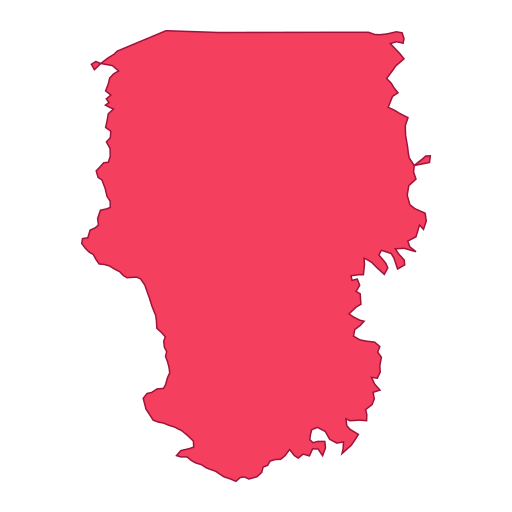 the district of Congonhinhas, Paraná, Brazil
{"feature_id": "56859067B3858872318801", "entity_name": "Congonhinhas", "entity_type": "district", "adm_level": 2, "iso_a3": "BRA", "parent_name": "Brazil", "parent_adm1": "Paraná", "projection": "mercator", "projection_center": [-50.497, -23.623], "detail": "fine", "context": "isolated", "style": "filled", "palette": "rose", "viewbox_px": 512, "rotation_deg": 0, "n_neighbors": 0, "source": "geoboundaries", "source_scale": "gbopen_adm2", "svg_char_len": 3233}
<svg xmlns="http://www.w3.org/2000/svg" viewBox="0 0 512 512"><path d="M414.2,165.5L411.7,161.7L409.2,157.8L408.2,152.3L407.6,147.0L405.6,135.3L405.3,125.6L408.0,117.7L398.9,113.0L395.0,110.5L388.2,107.3L392.5,96.4L398.0,92.8L393.7,87.4L391.4,83.4L386.6,78.5L393.0,69.9L395.7,66.0L404.0,58.8L400.1,53.9L390.3,43.6L396.6,41.7L403.1,43.2L404.0,38.7L402.1,32.8L396.4,31.8L386.6,34.0L379.8,34.7L374.7,34.5L368.6,32.3L329.6,32.3L218.4,32.5L166.0,30.7L117.2,51.1L114.0,54.3L107.9,58.0L100.8,63.5L112.4,65.6L118.6,71.0L113.8,73.7L109.7,78.0L108.3,83.9L105.6,90.9L110.9,95.1L106.3,98.8L109.0,102.6L105.4,105.1L109.5,107.3L113.5,109.0L108.3,113.8L107.1,120.7L105.6,127.5L110.8,131.2L110.3,137.8L106.4,141.9L110.1,148.6L110.2,156.4L108.3,162.3L103.8,162.7L99.9,167.0L96.2,170.9L98.1,177.4L101.9,179.9L105.1,188.3L107.0,196.3L110.2,201.3L110.2,207.5L106.1,209.0L100.4,210.2L97.6,218.7L98.5,225.0L95.1,227.9L90.1,230.1L87.8,237.8L82.5,238.6L81.7,243.4L85.5,248.5L89.4,252.3L93.3,254.5L96.0,259.5L99.2,264.0L104.0,264.4L109.6,266.0L114.4,269.0L119.7,271.7L123.3,275.5L127.0,277.7L132.3,277.4L136.8,277.1L140.7,279.0L144.8,285.1L147.0,291.3L149.5,298.3L151.8,305.7L153.7,310.6L155.7,315.4L156.4,320.7L156.9,328.4L161.2,332.2L165.3,336.8L163.7,341.3L164.4,347.3L166.7,351.6L165.5,356.5L167.5,361.6L169.1,367.7L169.7,372.9L167.5,377.7L165.6,384.5L163.5,388.4L157.1,388.9L151.4,392.6L147.1,393.4L143.2,398.3L146.0,409.1L150.2,415.5L153.2,420.2L158.7,422.2L163.7,423.1L168.5,425.2L174.4,427.0L181.8,430.7L187.6,435.5L193.4,441.1L193.7,447.1L189.0,448.7L180.8,450.6L176.5,455.6L180.8,456.9L186.9,456.9L191.8,460.8L195.9,463.0L201.3,464.6L206.4,467.9L210.6,469.5L215.7,471.3L220.0,474.3L223.9,476.8L230.5,479.0L235.9,481.3L240.3,477.5L244.5,477.0L248.9,479.0L256.9,476.8L261.7,472.4L263.1,467.1L267.6,465.4L270.1,461.1L275.4,459.5L280.7,459.3L285.1,455.6L289.6,449.5L294.4,455.6L298.2,458.1L303.2,454.1L309.4,455.9L312.6,448.9L318.0,448.9L322.6,455.7L325.5,447.9L324.8,441.4L317.8,441.4L313.0,442.7L309.8,439.7L310.4,435.0L311.7,429.7L317.5,427.4L325.3,431.5L329.6,439.2L336.7,443.1L343.5,442.0L343.1,448.9L342.0,453.6L351.3,445.2L354.8,440.2L358.4,434.4L350.0,429.3L346.8,425.7L345.9,418.8L349.7,420.7L354.0,420.5L359.3,420.1L366.6,420.7L366.8,414.5L365.6,409.6L372.1,404.5L374.3,398.8L373.1,392.3L380.0,390.1L374.7,384.2L371.5,377.4L377.3,378.2L380.2,372.2L379.8,365.7L381.4,357.3L377.7,352.1L379.8,346.6L374.6,342.1L366.1,341.1L359.7,339.8L353.5,336.1L354.8,329.5L360.2,325.5L364.1,321.2L359.9,320.2L353.5,317.0L349.0,313.8L356.5,306.8L360.9,304.3L360.2,293.8L356.1,291.4L359.7,285.3L357.2,279.0L352.0,280.4L351.1,275.8L358.8,274.7L363.4,274.7L364.5,264.5L364.1,258.2L368.2,260.2L371.8,262.5L377.7,268.4L384.3,274.4L387.8,267.9L385.7,263.1L381.7,258.3L378.9,255.0L381.4,250.3L391.2,253.5L393.9,258.0L397.6,269.0L404.7,264.9L404.2,260.0L398.9,254.2L395.3,248.8L404.1,248.3L416.0,251.7L409.8,246.8L407.8,241.1L416.0,236.8L419.5,225.0L423.5,229.4L426.3,220.9L425.1,213.2L414.9,208.7L409.9,204.7L407.2,195.3L408.8,185.6L416.0,179.1L413.6,172.1L414.2,165.5ZM414.2,165.5L429.5,162.5L430.3,155.8L425.8,156.0L422.3,159.1L418.7,161.8L414.2,165.5ZM100.8,63.5L95.8,61.5L91.4,64.3L94.4,69.7L100.8,63.5Z" fill="#f43f5e" stroke="#9f1239" stroke-width="1.5"/></svg>